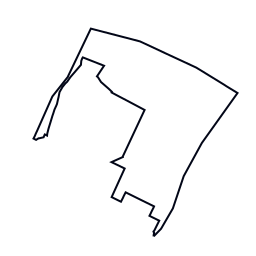 Zemam Out, Al Qahirah, Egypt, rotated 297°
{"feature_id": "37247803B46264859714526", "entity_name": "Zemam Out", "entity_type": "district", "adm_level": 2, "iso_a3": "EGY", "parent_name": "Egypt", "parent_adm1": "Al Qahirah", "projection": "natural_earth1", "projection_center": [31.543, 29.966], "detail": "fine", "context": "isolated", "style": "outline", "palette": "ink", "viewbox_px": 256, "rotation_deg": 297, "n_neighbors": 0, "source": "geoboundaries", "source_scale": "gbopen_adm2", "svg_char_len": 1609}
<svg xmlns="http://www.w3.org/2000/svg" viewBox="0 0 256 256"><g transform="rotate(297 128 128)"><path d="M59.5,190.2L59.6,197.9L48.8,198.0L48.2,197.9L47.7,197.9L47.4,197.8L47.3,197.7L47.2,197.7L47.1,197.8L46.9,198.2L46.8,198.4L46.6,198.8L46.1,198.9L45.9,199.0L45.3,199.2L45.1,199.2L44.7,199.3L44.3,199.5L43.7,199.7L43.7,199.8L43.5,200.0L43.3,200.1L43.2,200.1L53.2,203.2L76.7,204.5L110.4,199.5L148.2,200.6L208.9,209.7L209.7,199.3L209.9,196.7L210.2,194.1L210.7,188.0L212.8,161.5L212.8,161.4L212.2,144.5L211.6,128.6L210.6,99.4L207.7,86.0L207.1,83.4L205.5,76.1L201.7,59.0L199.7,49.8L199.2,49.8L146.8,51.1L146.3,51.2L121.8,46.3L121.6,46.3L84.4,48.3L81.2,48.4L78.7,48.6L78.2,48.6L77.9,48.6L75.7,48.6L75.7,50.7L75.7,51.3L75.7,51.5L76.6,52.0L77.4,52.5L78.1,52.9L78.1,53.0L78.3,53.3L81.4,57.0L81.8,57.0L82.4,56.9L82.9,56.9L83.6,56.8L84.5,56.8L84.5,59.3L86.4,58.6L91.2,57.5L98.1,56.3L104.8,55.1L107.1,54.8L111.2,54.1L112.0,54.1L113.9,54.0L114.7,54.0L117.2,53.8L121.9,52.6L124.4,52.0L124.7,51.9L125.4,51.7L126.8,51.3L128.9,50.7L134.8,51.0L136.2,51.3L139.5,52.0L140.2,52.3L141.6,52.8L146.0,53.4L147.3,53.6L157.5,56.1L162.9,57.4L166.6,55.9L168.3,55.7L169.2,55.6L170.4,55.7L172.6,78.4L161.5,77.1L159.9,76.9L159.6,78.2L156.7,83.1L154.2,93.0L152.9,97.3L152.2,97.3L152.1,102.0L151.8,123.3L151.6,134.6L100.1,136.3L99.8,136.6L94.6,132.4L90.1,128.8L90.4,143.4L59.0,144.8L59.1,155.2L60.6,155.2L62.1,155.2L63.6,155.2L65.1,155.1L66.6,155.1L68.1,155.1L69.6,155.1L69.8,172.6L70.0,186.8L68.5,186.9L67.0,186.9L65.5,186.9L64.0,186.9L62.5,187.0L61.0,187.0L59.5,187.0L59.5,190.2Z" fill="none" stroke="#020617" stroke-width="2"/></g></svg>